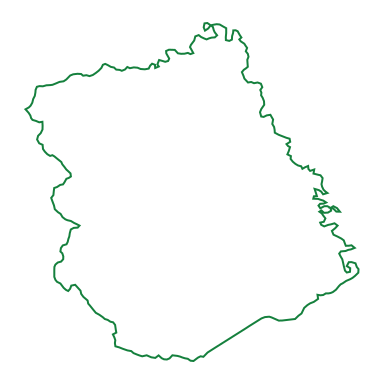 outline of Buri, São Paulo, Brazil
{"feature_id": "56859067B24230561031426", "entity_name": "Buri", "entity_type": "district", "adm_level": 2, "iso_a3": "BRA", "parent_name": "Brazil", "parent_adm1": "São Paulo", "projection": "mercator", "projection_center": [-48.559, -23.74], "detail": "fine", "context": "isolated", "style": "outline", "palette": "green", "viewbox_px": 384, "rotation_deg": 0, "n_neighbors": 0, "source": "geoboundaries", "source_scale": "gbopen_adm2", "svg_char_len": 4908}
<svg xmlns="http://www.w3.org/2000/svg" viewBox="0 0 384 384"><path d="M210.7,25.3L212.9,27.0L213.8,30.3L214.8,32.4L217.1,35.3L214.8,37.4L211.7,37.6L209.2,38.3L206.6,39.4L204.5,38.6L201.1,37.0L198.7,35.1L195.3,36.4L194.2,40.5L190.9,44.9L190.0,47.1L191.4,49.6L193.3,53.1L190.4,54.1L187.9,52.9L184.5,53.7L181.1,53.8L177.9,53.3L174.8,49.9L169.0,49.7L166.1,51.0L166.3,53.4L169.2,58.6L168.1,61.0L165.2,61.8L163.0,61.1L159.1,60.0L157.4,64.4L158.8,66.5L155.2,68.0L155.0,64.8L152.1,63.7L150.2,65.6L148.7,68.6L144.9,69.3L140.6,69.0L137.5,67.7L133.8,67.4L129.9,68.2L127.3,67.0L125.0,69.5L121.8,70.8L119.7,69.9L116.2,69.6L114.0,67.5L110.9,66.9L107.6,65.0L105.2,63.9L102.9,64.8L101.4,67.9L98.7,70.7L95.9,72.9L92.8,75.0L89.5,76.1L86.4,75.2L83.1,75.7L81.1,74.0L77.5,73.8L73.2,74.3L70.2,75.5L66.3,79.5L63.6,81.3L59.5,81.9L56.0,83.4L52.5,84.8L50.2,85.1L46.4,85.3L42.9,86.3L39.5,86.1L36.9,86.8L35.6,89.9L35.4,92.5L34.8,95.9L33.2,99.0L32.3,102.7L30.6,105.7L28.9,107.4L25.5,109.3L28.7,112.9L30.4,115.6L31.1,118.1L32.5,119.9L35.9,120.9L39.2,122.3L42.4,121.8L42.6,125.7L42.5,129.5L40.7,133.2L38.1,135.8L37.1,139.5L39.2,143.3L42.6,144.8L43.0,149.0L44.8,151.6L47.3,154.2L50.1,155.9L52.4,155.2L54.4,156.4L57.3,158.8L61.3,162.0L62.3,164.3L64.4,166.9L66.3,169.5L68.2,171.2L70.5,173.4L70.9,176.5L68.8,177.9L66.4,178.8L64.4,182.4L63.0,184.4L60.2,184.9L57.1,187.0L54.2,188.0L53.8,191.0L53.4,195.1L51.2,197.9L52.3,201.0L54.0,205.5L54.8,209.2L58.0,212.2L60.6,213.9L62.5,217.1L65.3,219.3L67.4,220.2L70.9,221.0L74.2,223.0L76.6,224.1L79.5,225.6L77.7,227.6L73.7,227.9L70.8,229.5L69.8,233.1L69.3,236.5L68.4,238.9L67.7,241.9L66.5,244.3L62.8,245.4L60.9,248.1L60.4,251.5L62.3,253.3L63.3,256.4L63.2,259.2L61.1,261.6L57.8,262.5L55.4,264.6L54.4,266.9L54.3,270.0L54.3,273.6L54.3,276.9L55.4,279.8L57.0,281.8L60.4,283.5L63.7,287.9L66.0,289.9L68.2,291.0L70.1,288.8L71.3,285.6L75.2,284.8L77.9,287.8L80.5,290.7L81.2,293.9L83.4,296.9L87.6,300.5L88.2,303.6L89.7,305.3L91.4,307.4L93.4,309.9L95.8,312.8L99.4,314.8L102.8,317.2L104.8,319.0L107.7,319.9L110.4,321.7L113.1,322.3L115.1,324.9L115.8,329.8L116.3,332.6L112.9,334.4L114.4,337.5L115.3,340.2L114.9,343.1L115.4,346.3L119.3,347.4L122.8,348.8L127.4,350.4L131.3,351.1L133.5,353.1L136.9,354.5L139.6,355.5L142.2,356.3L146.7,355.3L151.3,357.3L155.3,357.9L158.6,355.4L161.7,358.2L164.0,359.3L166.9,359.5L169.5,358.4L172.4,355.3L177.4,355.9L180.1,356.6L182.1,357.4L185.0,358.3L187.8,358.8L190.5,360.7L193.5,361.0L196.0,359.1L198.0,357.6L200.6,356.3L203.4,356.8L207.6,352.5L212.3,349.5L215.6,347.4L245.7,328.4L249.2,326.1L261.5,318.4L264.9,317.1L269.2,316.7L271.5,317.4L278.8,320.6L282.3,320.5L295.1,319.0L298.5,315.7L301.5,313.5L304.2,307.9L307.4,305.1L310.2,303.3L313.8,301.9L318.1,298.9L317.5,294.8L320.4,295.3L323.2,295.0L325.8,293.4L328.5,293.4L330.6,293.0L332.8,292.1L336.0,289.7L339.0,286.0L340.7,284.3L342.7,283.3L346.2,280.9L350.2,279.2L352.5,277.9L354.9,276.0L358.3,272.7L358.5,269.1L356.8,267.0L355.5,263.3L351.5,262.1L348.8,262.2L346.8,266.1L350.2,268.2L350.0,271.8L346.8,272.5L345.0,270.6L343.8,266.0L343.2,263.2L342.3,259.3L340.6,256.4L339.2,253.6L340.9,251.4L345.6,251.0L348.2,249.9L350.9,249.4L354.7,247.9L351.5,245.3L349.0,245.7L345.8,245.8L344.6,242.7L343.8,240.4L341.4,238.6L337.6,236.6L333.5,234.7L331.9,230.9L335.2,228.2L337.6,225.6L334.5,223.3L331.1,224.3L328.2,224.9L324.2,226.4L321.2,224.8L320.2,222.6L323.8,221.8L325.4,218.4L323.2,215.5L321.8,213.4L319.4,211.7L321.4,210.4L324.0,212.8L327.9,212.6L331.1,210.7L330.6,208.0L327.4,206.2L324.3,206.2L320.3,208.3L318.5,205.6L320.1,203.8L323.7,203.6L326.2,202.5L323.3,200.6L320.3,199.7L318.1,198.9L313.3,198.7L313.9,196.3L316.9,196.1L315.7,192.3L314.6,188.9L318.8,190.1L321.2,191.6L323.1,194.3L327.4,193.0L325.5,191.6L323.5,189.7L322.1,186.7L321.5,184.2L322.1,181.4L322.6,178.1L320.5,175.3L317.9,174.7L313.5,173.6L314.2,169.5L310.1,170.9L308.4,168.9L308.1,166.0L305.0,167.3L302.4,168.8L301.2,166.3L298.1,165.5L295.4,163.9L292.8,161.7L290.6,158.9L290.9,156.1L287.4,154.4L288.8,151.0L290.0,147.1L288.0,146.0L286.5,144.1L290.2,141.8L289.6,138.7L286.4,137.8L281.5,135.9L278.7,134.8L274.8,132.7L274.6,129.8L274.1,127.0L272.3,124.0L273.1,119.5L271.8,117.3L270.4,114.8L266.7,115.4L263.7,116.9L261.2,116.5L260.0,112.2L261.3,109.0L264.2,104.8L264.0,101.2L262.6,97.7L261.1,95.3L261.4,92.7L260.3,90.0L262.3,87.2L260.9,83.7L257.6,82.5L254.0,83.2L251.2,82.0L248.0,82.5L244.4,78.6L243.5,75.9L241.9,72.1L243.8,69.8L245.9,68.4L247.8,66.8L247.5,62.9L247.3,59.8L248.5,56.8L247.8,53.8L245.8,51.3L247.1,47.9L245.6,45.8L244.3,43.7L240.7,41.3L239.3,39.4L241.4,37.5L239.6,34.8L237.7,31.3L235.7,30.3L233.3,30.4L233.1,32.9L232.1,36.1L231.9,39.6L229.3,40.9L225.9,40.1L225.8,37.1L226.2,33.1L226.2,28.2L223.3,26.6L219.7,24.5L216.7,24.2L214.2,24.6L210.7,25.3ZM210.7,25.3L207.3,23.0L204.5,23.4L203.7,27.3L205.0,30.6L208.2,28.5L210.7,25.3ZM330.6,208.0L333.4,208.7L336.3,211.6L339.9,211.7L337.0,208.1L333.3,206.2L330.6,208.0Z" fill="none" stroke="#15803d" stroke-width="2"/></svg>